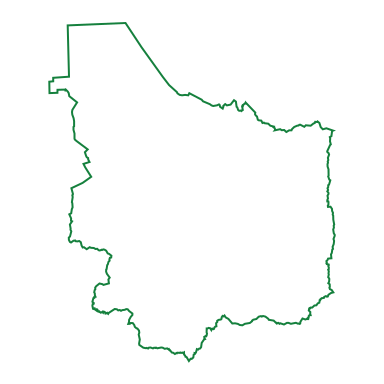 outline of Nyabihu, Western, Rwanda
{"feature_id": "39286606B61881490568352", "entity_name": "Nyabihu", "entity_type": "district", "adm_level": 2, "iso_a3": "RWA", "parent_name": "Rwanda", "parent_adm1": "Western", "projection": "robinson", "projection_center": [29.504, -1.642], "detail": "fine", "context": "isolated", "style": "outline", "palette": "green", "viewbox_px": 384, "rotation_deg": 0, "n_neighbors": 0, "source": "geoboundaries", "source_scale": "gbopen_adm2", "svg_char_len": 5994}
<svg xmlns="http://www.w3.org/2000/svg" viewBox="0 0 384 384"><path d="M108.6,313.0L114.7,309.0L116.9,309.3L118.2,310.4L119.8,310.0L121.0,310.8L122.3,310.1L124.8,309.8L126.2,309.1L127.7,309.3L129.2,311.1L132.4,313.5L132.4,315.0L130.8,316.8L129.1,319.9L129.0,322.0L128.3,323.9L129.9,323.8L130.7,323.0L132.8,323.1L134.3,325.1L134.8,326.8L136.6,328.4L137.4,328.5L139.0,330.6L139.3,332.7L138.7,334.5L139.8,339.5L139.1,343.5L139.3,344.9L143.3,347.7L146.0,348.2L146.7,347.9L148.1,348.5L148.8,347.7L150.5,347.5L153.0,348.4L154.1,347.7L155.5,348.0L156.0,347.6L157.3,348.3L161.2,347.5L162.7,347.7L164.7,348.8L167.2,348.4L167.9,349.0L168.8,348.9L168.9,349.7L169.7,350.4L170.0,350.2L171.8,352.5L173.3,352.8L174.9,354.0L176.3,353.1L176.9,353.3L177.3,352.7L180.0,352.9L180.3,352.5L181.8,352.9L182.6,352.6L183.1,353.0L184.0,352.4L184.1,354.6L185.2,355.6L185.4,356.7L186.6,357.1L188.9,361.0L190.4,359.0L191.0,358.6L191.7,358.9L193.3,357.5L193.7,354.6L194.9,353.9L194.7,353.0L195.4,353.1L195.9,352.6L196.9,349.1L198.1,349.6L199.0,348.7L200.1,348.5L201.1,347.2L201.7,342.9L204.1,339.4L205.0,339.1L204.3,338.0L204.6,337.4L204.3,336.9L205.9,335.8L206.3,336.1L206.6,335.6L207.0,333.5L206.6,332.4L206.7,328.5L207.4,328.6L208.5,327.9L210.1,328.2L211.2,329.9L211.5,328.8L212.3,328.6L213.0,329.3L214.1,328.8L214.3,327.6L215.3,326.6L216.4,326.3L216.1,323.2L217.3,321.9L217.2,320.8L218.5,319.9L220.9,319.5L221.5,318.9L221.7,317.2L222.6,315.9L223.6,316.4L224.5,315.5L225.7,317.4L228.4,318.9L232.3,323.5L235.1,323.3L237.9,323.9L239.8,325.0L242.4,325.3L244.9,323.8L249.8,323.0L252.1,321.2L252.1,320.6L253.3,319.7L256.4,319.0L258.7,316.7L261.0,316.1L261.8,316.6L263.0,316.0L265.4,316.6L268.3,318.8L268.8,319.8L273.7,320.6L276.6,323.4L277.0,322.9L277.7,323.3L278.5,322.9L279.5,323.8L280.3,323.3L284.0,324.5L286.9,322.9L288.6,322.9L290.9,323.8L295.9,322.8L298.0,323.7L298.6,323.5L299.7,323.9L300.2,323.5L300.4,321.8L302.5,318.5L305.4,319.5L306.6,319.0L308.2,319.1L308.4,318.8L307.8,317.9L308.8,317.0L308.7,316.1L309.5,315.1L310.6,315.1L310.2,313.7L310.3,312.0L308.8,310.5L309.2,308.4L309.7,308.0L310.3,308.3L310.8,307.5L312.3,307.5L314.4,305.5L316.4,305.3L317.7,303.4L319.3,302.7L319.7,300.2L320.2,300.2L320.5,299.1L321.4,298.7L321.6,298.2L323.9,297.9L324.2,296.9L325.9,296.1L326.9,296.7L327.8,296.5L328.4,294.8L331.0,293.0L333.3,292.4L331.7,290.0L329.9,289.1L329.4,287.7L329.8,287.0L329.7,284.3L328.3,283.2L329.1,281.7L329.3,279.2L329.2,278.5L328.2,277.2L328.8,274.5L328.5,273.5L328.8,271.3L328.2,269.7L328.7,269.4L328.8,267.5L328.3,266.0L328.8,265.2L328.7,264.5L326.8,264.1L326.4,263.2L326.8,262.7L326.4,261.1L327.4,260.2L328.1,258.6L331.4,258.3L331.0,254.4L331.8,252.9L332.3,249.5L333.0,248.9L332.6,246.9L333.7,244.1L334.1,240.9L333.5,239.0L334.7,235.8L334.7,234.8L333.8,233.3L333.2,229.5L333.9,227.6L333.7,225.6L334.2,224.6L333.3,219.7L333.2,215.6L332.7,214.7L333.0,212.9L332.1,210.9L332.0,208.9L330.5,206.7L328.0,206.9L327.8,205.7L328.4,204.6L328.5,202.1L328.3,201.4L327.3,201.4L327.3,200.1L328.0,198.4L327.5,195.7L328.5,193.9L328.4,192.7L327.3,191.4L328.1,190.0L327.5,188.2L328.2,187.2L328.2,185.2L329.0,184.7L330.3,180.3L329.3,179.6L328.2,176.4L328.6,175.7L328.5,169.3L327.6,166.6L327.5,164.1L328.0,162.7L327.7,161.5L328.3,160.1L327.9,157.8L329.1,154.6L328.6,153.1L327.4,152.1L327.2,151.3L330.1,145.0L330.8,144.4L330.0,141.3L330.2,138.4L329.8,137.1L331.4,136.2L332.1,131.0L333.1,130.6L326.4,128.3L322.8,129.3L320.7,127.1L319.4,123.0L317.6,121.5L317.3,122.0L315.2,121.8L314.7,123.1L313.6,123.4L310.7,125.7L305.8,125.3L304.3,126.8L300.2,124.7L299.3,124.8L298.6,125.5L297.1,125.7L294.2,127.0L292.1,129.0L291.5,130.3L289.2,130.3L286.3,132.0L284.2,130.0L281.7,130.2L280.2,129.2L274.9,130.3L275.2,129.9L274.7,128.1L273.5,127.3L273.9,126.6L270.3,125.7L268.3,123.7L264.5,123.2L263.9,122.6L262.5,123.0L261.3,120.6L258.7,120.3L257.8,119.7L257.0,116.5L255.7,115.4L255.0,114.1L255.3,112.6L245.8,102.7L245.7,103.6L244.8,103.4L243.3,104.9L242.7,106.6L242.3,105.9L242.1,106.3L242.8,110.0L241.4,111.0L241.1,110.5L239.2,110.8L238.1,109.9L237.3,107.4L236.6,106.8L235.9,101.6L234.0,100.2L230.6,104.6L226.9,105.4L225.2,104.1L224.8,104.4L223.2,106.1L223.4,106.7L222.7,108.6L220.1,106.8L219.7,105.0L219.0,104.4L217.1,105.3L213.2,106.0L211.5,105.4L209.9,104.2L203.0,101.3L201.7,99.7L189.3,93.2L188.3,95.3L185.1,94.9L182.1,95.3L179.7,94.9L177.4,93.3L177.0,92.2L169.1,85.1L162.8,76.9L141.5,47.2L125.5,23.0L67.7,25.4L69.0,76.7L53.2,77.8L53.2,81.3L49.3,81.7L49.5,93.1L57.4,92.8L57.5,89.8L64.9,89.6L65.2,90.2L65.7,89.5L67.8,91.6L68.7,93.1L69.3,96.2L77.1,102.4L72.4,109.8L72.0,112.0L72.3,114.7L73.6,118.2L74.1,121.2L74.1,126.3L73.5,126.9L73.5,129.8L74.5,133.5L74.5,138.6L74.8,139.5L76.5,141.0L87.7,149.4L84.9,152.2L86.1,155.9L86.8,157.3L88.1,158.0L88.2,159.5L89.5,162.0L83.5,163.9L85.2,167.3L91.2,176.8L82.6,182.9L71.4,188.2L72.9,193.8L72.8,194.7L72.3,195.2L72.7,197.0L71.9,202.2L72.3,203.1L72.6,207.3L71.8,209.3L71.2,213.3L69.3,214.3L71.1,218.4L71.0,220.7L72.1,221.3L69.9,224.5L70.6,228.4L70.5,229.8L71.3,231.3L70.0,236.5L68.8,237.6L68.9,239.9L69.9,241.9L71.0,242.5L73.5,240.7L75.2,240.5L75.6,241.2L77.5,241.4L79.2,241.0L80.8,242.2L81.6,245.6L82.7,247.5L83.9,247.2L86.7,249.2L89.7,247.2L91.0,247.8L93.8,248.0L95.5,249.0L97.2,248.8L98.6,250.2L99.8,250.5L101.8,249.7L102.1,250.0L103.4,249.4L104.6,249.7L106.2,250.7L107.7,253.4L109.1,253.9L111.4,255.7L111.2,257.5L109.9,257.8L109.4,259.3L109.6,260.7L108.5,261.8L107.8,264.4L107.2,265.1L106.6,269.1L106.2,269.5L106.1,271.6L106.9,273.8L109.7,277.6L108.4,279.5L108.9,283.4L103.4,284.9L102.5,284.2L99.5,283.5L96.2,286.2L95.2,287.6L95.3,289.3L94.7,290.0L94.2,292.3L94.8,293.4L94.9,295.4L95.5,296.8L94.1,297.2L94.2,297.9L93.4,298.1L92.4,301.8L93.8,303.1L93.6,303.9L92.7,304.1L92.4,305.7L93.0,308.8L94.0,309.1L94.0,308.4L94.6,308.3L94.9,309.4L96.4,310.5L96.4,309.3L96.8,309.2L97.4,309.6L98.2,311.5L99.2,311.9L99.4,311.5L100.8,312.7L102.1,312.0L103.0,312.7L103.2,311.5L104.7,311.9L105.4,313.5L106.2,313.0L106.9,313.4L107.3,312.9L108.2,313.8L108.6,313.0Z" fill="none" stroke="#15803d" stroke-width="2"/></svg>